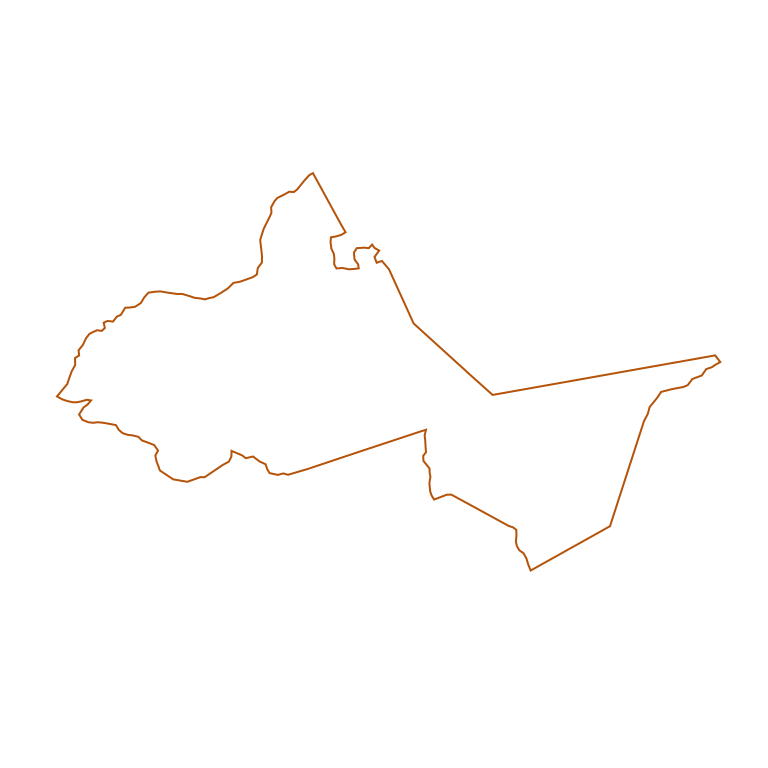 the district of Guaraciaba do Norte, Ceará, Brazil, rotated 209°
{"feature_id": "56859067B84728913810343", "entity_name": "Guaraciaba do Norte", "entity_type": "district", "adm_level": 2, "iso_a3": "BRA", "parent_name": "Brazil", "parent_adm1": "Ceará", "projection": "robinson", "projection_center": [-40.863, -4.244], "detail": "fine", "context": "isolated", "style": "outline", "palette": "amber", "viewbox_px": 768, "rotation_deg": 209, "n_neighbors": 0, "source": "geoboundaries", "source_scale": "gbopen_adm2", "svg_char_len": 2482}
<svg xmlns="http://www.w3.org/2000/svg" viewBox="0 0 768 768"><g transform="rotate(209 384 384)"><path d="M138.4,504.3L137.8,511.4L129.7,519.1L120.6,526.6L117.8,530.3L116.7,537.9L110.2,545.5L109.4,553.3L105.4,557.6L103.6,561.3L100.5,566.2L108.2,569.6L283.7,427.1L316.2,434.5L321.9,435.9L387.4,451.3L435.3,486.8L445.5,490.6L449.2,486.5L453.9,490.5L452.9,498.4L458.2,498.4L462.0,500.2L463.2,495.4L467.3,493.7L473.7,489.6L474.0,484.3L470.1,478.6L464.6,476.1L462.2,472.9L465.4,470.5L470.3,467.3L476.7,465.3L481.6,462.0L485.7,464.6L488.1,469.5L491.0,473.6L495.5,476.7L499.7,482.4L501.5,486.6L497.7,489.6L493.6,493.8L491.2,498.1L498.3,502.3L548.4,534.0L550.6,530.5L552.2,523.8L553.0,519.3L554.2,512.2L555.9,508.2L560.1,506.2L563.8,500.3L567.4,495.2L568.4,491.0L568.4,483.9L565.4,479.0L565.0,474.5L564.7,466.2L564.4,461.0L563.0,454.1L562.1,449.9L552.6,436.6L549.7,431.0L550.6,424.2L548.3,418.2L550.6,413.8L556.2,407.4L559.5,403.7L564.7,399.4L567.0,391.7L571.1,384.1L575.1,377.3L578.7,374.3L581.6,371.2L585.8,369.9L591.3,367.6L597.6,366.4L604.3,364.9L608.2,362.6L613.1,360.7L618.4,358.7L624.4,356.6L628.9,353.8L634.3,349.7L635.7,343.5L635.9,337.0L639.1,330.9L643.6,327.5L647.3,325.3L647.7,316.9L650.3,313.4L651.3,307.2L656.4,305.1L658.9,301.7L655.3,297.7L656.6,293.6L660.9,292.0L663.6,288.5L665.9,285.1L666.8,279.6L666.3,272.2L667.5,265.4L664.5,261.2L666.8,256.9L663.3,250.9L663.3,243.7L662.1,236.2L661.0,230.5L664.0,214.6L658.0,214.6L652.8,215.5L647.3,217.2L643.8,219.1L640.4,222.0L636.3,226.1L632.3,227.6L633.3,222.4L635.4,217.8L635.9,209.5L630.5,206.5L624.1,207.2L619.5,209.1L615.6,211.9L611.4,213.7L607.0,215.3L598.5,218.1L593.7,215.3L588.7,214.3L583.5,215.3L578.6,217.3L573.3,218.7L568.2,217.3L562.8,218.2L555.4,219.2L549.3,216.2L549.3,210.6L545.5,206.1L541.7,202.9L538.0,199.7L522.2,198.4L508.6,203.1L499.5,213.5L495.7,215.5L485.9,234.8L482.0,241.0L482.3,246.5L484.9,251.6L473.3,252.8L468.9,252.1L463.4,257.1L455.1,255.9L448.6,256.4L444.7,252.8L440.9,250.6L432.8,253.0L428.8,256.9L423.9,258.1L409.9,272.3L371.2,314.5L329.4,359.8L325.1,364.3L323.6,358.9L320.5,354.5L316.8,348.6L314.2,344.7L314.9,340.3L312.3,335.9L303.3,332.2L301.0,328.5L298.4,325.3L296.3,319.4L291.5,312.4L288.2,309.5L284.2,307.2L280.1,312.1L275.3,317.7L271.4,319.9L205.9,320.3L201.9,321.2L197.6,320.6L194.8,315.9L192.1,309.9L189.3,306.8L185.2,304.2L179.9,303.6L174.9,300.5L170.5,296.2L165.3,292.0L117.4,369.2L138.6,477.4L138.8,485.8L140.5,492.6L138.4,504.3Z" fill="none" stroke="#b45309" stroke-width="2"/></g></svg>